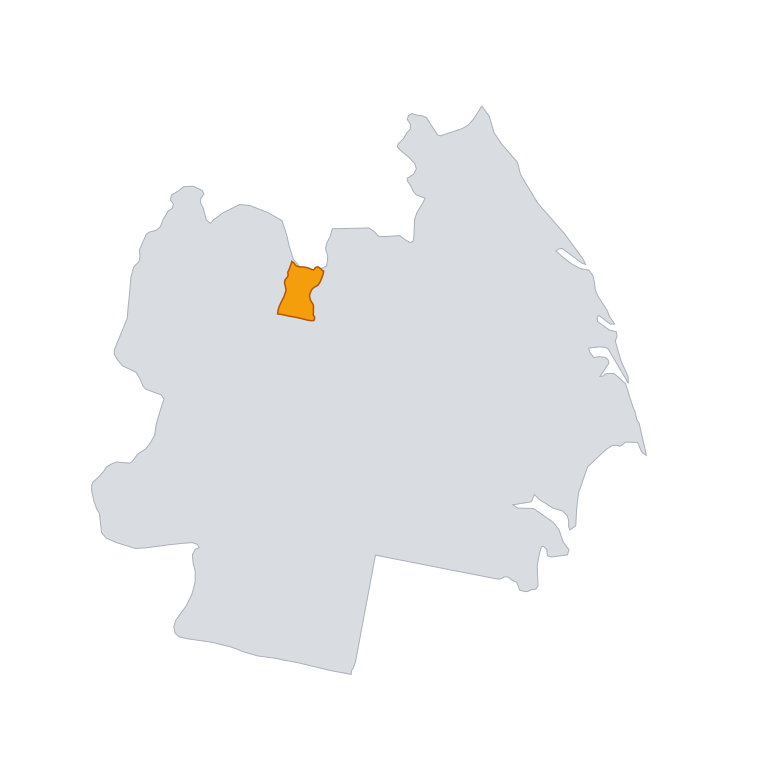 Lombo-Bouenguidi, Ogooué-Lolo, Gabon shown in context, rotated 191°
{"feature_id": "22940354B47016566751071", "entity_name": "Lombo-Bouenguidi", "entity_type": "district", "adm_level": 2, "iso_a3": "GAB", "parent_name": "Gabon", "parent_adm1": "Ogooué-Lolo", "projection": "albers", "projection_center": [12.662, -1.615], "detail": "fine", "context": "in_parent", "style": "filled", "palette": "amber", "viewbox_px": 768, "rotation_deg": 191, "n_neighbors": 0, "source": "geoboundaries", "source_scale": "gbopen_adm2", "svg_char_len": 4634}
<svg xmlns="http://www.w3.org/2000/svg" viewBox="0 0 768 768"><g transform="rotate(191 384 384)"><path d="M543.9,105.6L543.5,112.1L536.0,128.1L532.5,140.5L531.6,153.6L533.6,164.2L537.2,171.7L539.5,180.0L537.7,185.7L534.2,188.1L536.6,191.0L542.1,191.7L551.3,189.2L565.5,184.8L584.1,178.5L596.4,175.1L616.6,177.3L627.3,179.7L632.9,184.2L638.8,203.1L641.8,205.9L646.6,214.0L650.7,223.6L651.6,228.5L651.1,232.1L647.0,237.3L642.4,244.9L640.7,249.6L636.9,253.0L631.9,256.4L618.5,257.8L616.4,259.8L612.6,268.0L605.5,274.9L602.2,281.4L599.4,290.1L599.9,301.0L598.5,316.5L597.0,327.1L600.6,330.8L616.7,333.4L619.8,335.5L624.1,342.0L629.5,348.1L644.3,352.0L650.0,356.7L654.6,361.9L655.2,366.1L651.9,383.0L648.6,399.2L649.9,411.6L651.0,423.4L652.8,440.6L652.0,451.1L647.8,457.5L647.8,462.6L649.7,468.6L646.0,485.4L643.6,488.2L637.0,491.3L633.5,495.8L632.4,502.9L628.9,512.6L625.2,516.1L625.2,520.6L628.7,523.9L628.7,528.9L622.1,534.9L618.1,539.5L609.3,541.7L599.3,539.3L597.0,536.0L599.4,530.8L598.5,526.6L595.1,522.3L589.7,511.0L585.0,508.6L582.3,513.2L574.2,521.8L559.8,532.7L549.7,533.6L531.0,530.2L515.4,525.0L508.1,512.1L503.5,501.5L496.8,489.2L489.3,483.3L481.3,479.6L477.8,479.3L466.4,486.2L462.9,488.9L463.0,494.7L464.0,500.0L465.8,502.6L467.3,506.1L467.0,511.5L465.0,518.6L464.3,526.5L428.5,534.3L422.3,531.5L417.8,528.0L412.3,528.6L396.8,532.7L391.1,529.8L385.4,527.8L382.8,529.5L382.6,532.9L385.3,551.5L384.4,558.6L380.9,567.9L379.1,574.2L388.6,575.9L392.1,578.8L395.4,583.5L400.0,587.9L400.3,590.5L395.1,595.4L393.3,601.4L395.8,606.1L402.3,611.0L411.7,616.0L416.3,619.3L415.9,622.4L411.5,628.9L409.8,634.4L406.8,639.3L407.5,643.9L411.7,648.1L411.2,652.0L408.4,654.8L402.5,654.2L397.5,654.6L393.1,653.5L379.1,638.8L376.1,638.3L355.8,649.7L350.8,654.3L346.7,661.0L341.1,675.5L331.9,667.1L323.9,651.7L314.6,642.2L295.2,627.0L290.0,615.7L267.6,590.9L235.6,566.1L212.4,544.6L208.9,539.8L212.8,540.4L235.2,551.1L238.2,549.9L240.8,547.5L231.1,541.8L221.9,537.4L213.2,534.7L204.6,534.9L199.7,530.4L196.6,523.5L195.0,517.5L191.1,511.4L178.8,498.6L175.8,493.7L169.1,486.9L173.2,486.0L186.3,492.4L187.5,489.9L186.3,486.1L173.1,480.0L165.9,479.6L164.3,475.3L165.2,470.4L155.7,451.8L145.8,437.8L144.3,431.3L170.9,461.5L174.4,462.0L179.1,461.7L190.0,458.3L187.9,454.2L183.0,449.9L178.2,451.9L171.9,452.4L168.7,450.5L167.2,447.4L173.4,432.7L170.7,433.4L168.7,436.1L165.3,437.3L160.0,438.1L146.9,430.3L135.3,409.0L132.3,404.7L129.2,397.3L126.1,394.2L112.8,364.0L117.9,366.2L123.9,375.0L135.6,373.1L140.2,368.0L144.2,368.2L148.3,367.0L153.5,362.2L168.4,341.4L172.3,313.9L171.0,297.6L168.7,281.4L173.7,276.2L175.7,279.6L176.7,285.4L179.0,289.6L184.4,293.4L194.4,294.4L209.8,300.4L215.3,304.2L216.8,296.5L234.5,290.0L229.1,287.7L213.4,290.3L191.7,280.6L184.5,274.5L177.8,262.8L170.8,256.7L171.3,251.2L186.8,246.1L190.9,246.6L192.6,252.7L196.8,255.1L198.4,254.3L199.0,249.1L199.1,235.3L194.3,215.5L195.7,211.7L200.0,210.3L203.7,207.6L206.4,207.1L211.7,207.6L214.3,212.2L215.8,214.7L221.1,215.9L225.4,218.3L229.2,217.6L232.3,214.8L236.9,214.2L251.0,214.2L263.8,214.2L289.4,214.2L314.9,214.3L340.5,214.3L359.7,214.4L359.7,203.0L359.5,185.5L359.4,164.9L359.3,145.1L359.1,126.8L359.0,105.1L360.0,98.9L361.3,96.3L360.8,92.7L380.7,92.5L416.5,94.0L432.2,93.8L436.6,94.1L456.2,93.0L472.0,94.4L478.8,95.9L484.8,96.7L503.8,97.6L528.6,96.4L537.0,96.7L541.7,99.7L543.9,105.6Z" fill="#d9dde1" stroke="#a8b0b8" stroke-width="1"/><path d="M501.8,432.5L498.6,432.7L489.7,432.5L483.5,432.7L475.9,432.4L471.4,432.1L468.0,432.2L465.4,432.7L464.6,433.6L464.7,434.9L464.8,436.3L465.8,437.4L466.8,438.4L466.8,439.9L467.3,442.6L467.8,445.5L468.2,447.3L469.0,448.9L470.4,450.3L471.5,451.5L472.3,452.6L473.0,453.9L473.7,455.7L474.0,457.7L473.7,459.9L472.9,462.8L472.2,464.2L470.5,466.0L469.0,467.2L467.6,468.6L466.9,469.9L465.9,473.0L465.5,474.9L464.9,478.5L464.7,480.7L464.8,482.8L464.8,483.3L466.1,483.6L467.2,484.5L467.8,485.0L469.5,485.8L471.2,486.4L472.8,485.8L473.8,484.9L474.1,484.0L474.5,483.0L475.3,482.4L477.3,482.8L479.3,483.3L481.4,483.5L483.8,483.6L486.0,483.4L488.3,483.0L489.5,482.9L491.1,482.9L492.5,483.3L493.8,484.1L495.0,485.2L496.0,485.8L497.2,486.3L497.9,486.7L497.9,485.9L498.1,484.5L498.4,482.5L498.6,481.1L498.7,479.9L499.0,478.3L499.3,477.0L499.7,476.0L499.7,474.7L499.2,473.9L499.0,472.7L499.0,470.9L499.7,469.8L500.3,468.7L500.6,468.2L500.9,467.5L501.1,465.9L500.8,463.9L500.3,462.9L499.4,460.9L498.9,459.6L498.2,458.0L498.0,456.4L498.4,454.3L498.6,452.1L499.0,449.9L499.6,448.2L500.1,446.3L500.7,444.3L501.0,442.6L501.4,441.4L501.7,439.7L502.0,437.6L502.0,435.4L502.0,433.8L501.8,432.5Z" fill="#f59e0b" stroke="#b45309" stroke-width="1.5"/></g></svg>